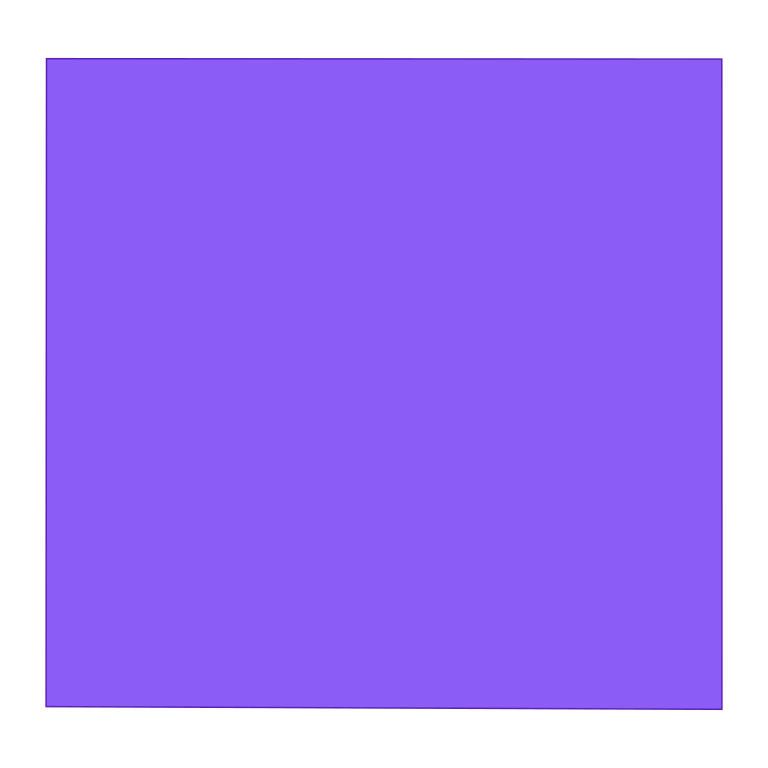 Buena Vista, Iowa, United States of America (Equal Earth projection)
{"feature_id": "52423323B32669676915102", "entity_name": "Buena Vista", "entity_type": "district", "adm_level": 2, "iso_a3": "USA", "parent_name": "United States of America", "parent_adm1": "Iowa", "projection": "equal_earth", "projection_center": [-95.199, 42.735], "detail": "fine", "context": "isolated", "style": "filled", "palette": "violet", "viewbox_px": 768, "rotation_deg": 0, "n_neighbors": 0, "source": "geoboundaries", "source_scale": "gbopen_adm2", "svg_char_len": 186}
<svg xmlns="http://www.w3.org/2000/svg" viewBox="0 0 768 768"><path d="M46.5,58.7L46.1,706.6L721.9,709.3L721.8,59.1L46.5,58.7Z" fill="#8b5cf6" stroke="#5b21b6" stroke-width="1.5"/></svg>